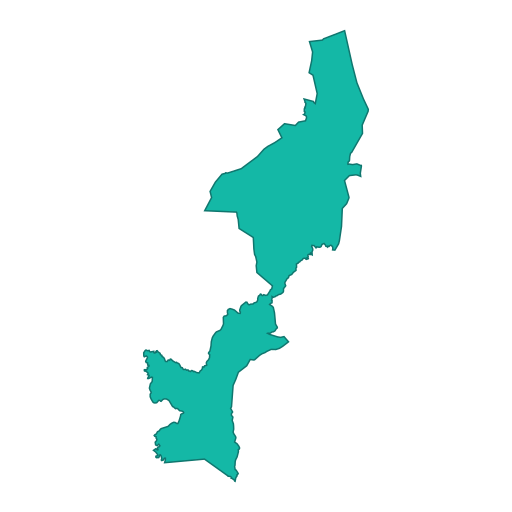 outline of Zapotitlán Tablas, Guerrero, Mexico
{"feature_id": "50627088B79623688791809", "entity_name": "Zapotitlán Tablas", "entity_type": "district", "adm_level": 2, "iso_a3": "MEX", "parent_name": "Mexico", "parent_adm1": "Guerrero", "projection": "natural_earth1", "projection_center": [-98.863, 17.322], "detail": "fine", "context": "isolated", "style": "filled", "palette": "teal", "viewbox_px": 512, "rotation_deg": 0, "n_neighbors": 0, "source": "geoboundaries", "source_scale": "gbopen_adm2", "svg_char_len": 6119}
<svg xmlns="http://www.w3.org/2000/svg" viewBox="0 0 512 512"><path d="M204.7,210.7L236.4,212.1L236.9,213.0L237.2,216.0L238.2,219.4L239.1,228.5L253.3,237.5L253.9,249.1L254.6,254.5L255.7,256.6L256.9,262.1L256.2,265.7L256.9,272.5L272.4,285.8L271.8,288.8L270.3,290.0L269.9,291.1L267.4,295.0L265.7,295.4L263.7,294.7L262.8,295.6L262.0,295.5L261.2,294.3L260.4,294.1L259.6,295.4L258.5,296.0L257.7,298.5L257.8,299.7L257.0,301.7L256.2,302.3L254.1,302.9L253.0,304.0L250.4,304.2L249.7,304.7L248.8,304.7L247.7,303.7L246.9,302.2L245.8,302.1L245.1,302.7L241.5,305.6L241.0,306.3L239.7,310.1L239.8,311.2L240.4,312.0L240.2,313.4L238.1,313.2L234.4,310.0L232.3,309.2L230.0,308.6L228.1,309.5L227.9,310.2L227.4,310.6L227.4,312.6L227.8,314.1L227.6,314.6L226.2,315.8L224.2,316.1L223.3,317.4L223.5,323.9L223.0,325.4L221.0,329.4L220.1,330.3L216.4,331.9L215.6,332.7L213.2,336.0L212.3,337.8L211.3,341.7L211.0,346.0L209.9,351.1L208.7,352.5L208.5,353.2L208.6,353.6L209.7,354.7L209.5,357.8L208.4,359.9L207.0,361.3L206.4,362.4L206.4,363.8L206.8,365.1L206.4,365.4L204.6,365.8L203.9,367.1L202.9,366.8L202.5,367.0L202.4,368.4L201.4,370.2L200.4,370.7L199.1,372.9L196.7,372.6L194.4,371.4L193.5,371.6L192.9,370.9L191.8,370.5L190.3,371.5L189.7,371.0L188.7,371.0L188.0,369.9L186.5,370.2L185.5,369.2L184.0,369.6L183.3,369.4L182.3,367.7L181.0,367.5L179.3,364.1L178.5,363.4L177.2,363.0L176.6,362.3L175.5,362.6L172.8,360.9L170.9,359.1L170.3,359.1L169.6,360.3L168.2,360.0L167.2,361.5L165.7,361.5L165.0,360.6L164.6,359.0L163.6,357.4L162.0,356.5L161.9,355.4L160.4,354.6L160.1,353.3L158.2,352.0L157.2,350.7L156.5,350.8L156.4,352.2L155.6,352.0L155.4,352.7L154.8,353.0L153.9,352.7L153.8,351.3L150.4,352.0L149.5,351.4L149.2,350.4L147.3,350.7L146.0,350.0L145.1,350.6L143.7,352.8L143.8,356.0L144.3,356.8L146.3,355.9L147.4,356.9L147.5,357.6L145.9,360.7L145.7,361.6L146.3,362.6L147.6,362.9L147.7,365.1L148.9,365.3L149.0,365.9L148.7,366.5L147.4,367.3L147.2,368.0L147.6,368.5L146.7,369.7L144.4,369.7L144.3,370.4L144.5,371.0L145.8,371.2L147.8,372.7L148.1,373.5L147.5,374.7L149.1,375.4L149.0,376.0L148.0,377.4L147.7,378.5L148.5,378.6L151.5,377.1L152.4,377.4L152.2,381.5L150.4,383.8L149.4,388.1L150.0,390.0L151.1,392.0L151.1,392.8L150.2,394.2L150.2,396.8L151.2,399.2L153.0,402.2L154.1,402.9L156.0,402.9L156.8,402.6L158.7,400.4L159.9,400.4L160.6,401.2L161.1,401.3L162.8,399.5L164.4,398.9L166.5,399.0L169.0,400.5L172.6,406.6L173.4,406.8L175.5,408.7L176.5,408.4L177.6,408.6L179.6,410.7L182.0,411.1L183.2,411.7L183.7,412.6L183.4,413.2L181.4,414.0L180.7,414.6L180.6,415.9L179.1,420.8L177.9,423.5L176.9,423.5L175.0,422.4L173.6,422.3L171.5,423.3L169.9,424.5L168.1,426.4L161.2,428.6L160.3,429.3L159.2,430.9L157.5,431.7L156.3,434.0L155.0,434.6L154.2,435.5L154.8,436.3L156.2,436.8L156.1,438.1L156.9,439.2L156.5,440.8L155.2,442.2L155.6,444.9L157.0,445.6L157.4,445.5L158.8,444.2L159.9,445.7L159.4,446.7L158.2,447.0L157.3,448.2L158.0,449.4L157.9,449.8L157.3,449.9L155.7,448.8L153.5,450.3L155.7,452.0L157.8,454.8L157.7,455.5L155.9,456.2L155.9,457.2L156.5,457.7L158.7,457.6L159.2,456.7L159.7,455.0L160.4,454.8L161.0,455.7L161.8,458.3L161.3,459.9L161.5,460.5L163.0,460.3L164.2,458.5L164.8,458.1L165.4,458.2L165.4,459.8L164.6,462.7L204.5,459.1L227.8,475.8L228.0,476.2L230.4,476.5L231.0,476.9L231.3,477.6L231.2,478.3L232.4,478.4L232.7,479.0L233.8,479.5L234.7,481.1L235.1,481.3L235.8,477.7L237.1,475.8L236.8,475.2L237.0,474.7L238.1,473.9L238.2,473.5L236.1,470.1L235.3,469.7L235.1,469.3L234.6,466.3L235.0,465.3L235.2,461.6L235.6,459.9L237.1,456.9L238.4,451.8L238.3,449.6L239.3,449.0L239.6,448.0L238.9,446.3L237.1,443.8L234.6,442.0L235.9,437.8L235.6,436.6L233.8,433.8L233.1,432.1L233.7,429.2L233.6,426.2L233.4,423.8L232.2,420.5L232.9,417.1L231.4,415.2L231.5,413.6L232.6,412.0L230.6,408.3L231.5,406.8L233.1,385.4L235.8,379.3L238.4,372.2L246.7,365.8L250.2,359.5L253.9,360.0L254.7,359.7L259.5,355.4L261.9,353.8L265.0,352.6L266.8,351.4L271.1,349.4L275.8,349.5L279.5,348.3L282.7,346.3L288.5,341.8L284.0,336.6L280.6,337.4L277.6,336.9L269.9,334.5L267.6,333.3L268.1,333.1L269.1,333.4L270.5,333.0L272.2,331.9L273.4,331.8L275.0,330.8L276.1,329.0L277.3,327.9L277.3,327.2L275.5,324.0L274.5,312.9L273.3,307.4L272.2,306.2L269.6,304.5L270.6,303.4L272.0,302.8L272.1,300.6L271.6,300.4L272.2,297.6L272.1,296.6L273.3,297.3L275.5,296.5L276.0,295.9L277.2,295.6L278.5,294.6L280.7,294.1L283.0,292.4L283.5,291.2L283.5,288.7L285.7,285.8L284.9,283.6L284.9,282.4L287.2,278.5L288.4,277.8L289.1,275.6L291.7,274.5L293.4,272.3L296.0,270.4L295.9,268.2L296.6,267.2L296.4,264.0L298.2,263.1L298.4,262.4L299.7,261.9L300.5,260.8L302.0,260.1L303.2,258.5L304.5,258.2L305.8,258.4L305.9,259.2L306.3,259.4L308.3,258.7L308.4,258.3L307.4,257.6L307.9,257.4L308.2,256.4L307.8,255.8L307.9,254.9L308.4,254.4L310.2,254.5L310.2,253.3L310.6,253.0L311.6,254.6L312.2,254.9L312.0,252.0L312.8,250.0L312.6,248.4L311.6,246.3L312.0,245.3L313.0,245.6L314.0,245.5L316.0,247.9L316.5,247.6L316.8,246.8L319.3,247.3L320.5,247.0L321.1,246.5L322.0,244.4L324.1,243.5L325.4,245.1L325.9,246.3L327.2,246.6L327.5,247.0L328.0,246.1L328.8,246.6L330.0,245.5L330.8,245.2L331.4,245.5L332.6,246.9L332.8,248.5L332.6,249.9L334.9,250.1L338.6,243.8L339.4,240.6L341.5,226.4L342.3,208.4L346.6,203.7L348.8,198.4L349.0,197.4L344.5,180.5L349.4,175.6L356.0,174.8L357.8,175.2L360.7,176.4L360.3,173.3L361.4,166.1L361.3,165.4L360.5,165.4L356.9,163.9L352.6,164.6L349.2,164.1L348.0,164.3L347.9,163.4L348.3,161.7L349.3,161.0L349.5,160.2L349.7,156.6L350.5,153.3L351.7,152.3L362.5,133.4L362.2,125.1L368.1,111.3L368.3,109.3L363.4,98.9L356.9,82.8L352.2,64.6L344.6,30.7L323.6,38.8L322.4,40.1L309.5,41.6L312.6,52.0L311.7,60.6L309.1,72.7L313.0,75.2L317.2,93.6L315.3,103.6L313.8,102.5L313.5,101.5L304.1,99.0L305.0,101.5L305.0,102.4L305.6,102.9L305.9,103.5L305.4,106.6L304.8,107.1L305.2,107.9L304.6,108.2L304.3,108.9L304.3,111.5L305.1,112.0L305.1,112.3L304.5,114.1L303.6,114.6L306.0,115.8L306.5,116.9L306.5,118.0L305.5,120.8L298.6,122.1L295.3,125.5L284.5,123.7L277.9,129.6L281.9,137.8L274.8,142.6L267.8,146.4L264.0,149.2L257.5,156.5L241.2,168.7L227.5,173.1L225.7,172.8L225.4,173.3L222.0,174.2L215.4,182.1L210.1,191.4L211.6,197.6L204.7,210.7Z" fill="#14b8a6" stroke="#0f766e" stroke-width="1.5"/></svg>